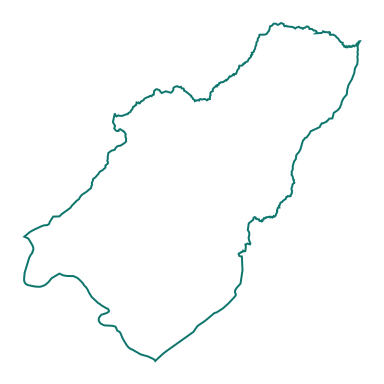 Guamal, Magdalena, Colombia (orthographic projection)
{"feature_id": "7082276B25614510642734", "entity_name": "Guamal", "entity_type": "district", "adm_level": 2, "iso_a3": "COL", "parent_name": "Colombia", "parent_adm1": "Magdalena", "projection": "orthographic", "projection_center": [-74.102, 9.246], "detail": "fine", "context": "isolated", "style": "outline", "palette": "teal", "viewbox_px": 384, "rotation_deg": 0, "n_neighbors": 0, "source": "geoboundaries", "source_scale": "gbopen_adm2", "svg_char_len": 5858}
<svg xmlns="http://www.w3.org/2000/svg" viewBox="0 0 384 384"><path d="M155.2,361.0L162.6,354.1L165.9,351.5L193.4,331.9L197.4,326.1L205.1,320.8L214.5,313.0L216.7,312.4L222.9,308.4L228.5,303.4L235.1,296.3L235.8,295.1L235.8,294.2L235.1,292.8L235.0,290.6L236.5,288.1L240.5,283.6L242.5,270.4L241.9,256.5L240.3,256.3L239.2,255.8L238.6,253.9L238.9,253.4L240.7,252.8L241.3,251.9L242.6,251.8L243.1,250.7L243.8,251.3L245.3,251.1L245.9,246.4L245.4,244.5L247.4,243.6L250.0,244.4L250.4,243.7L249.1,240.3L248.6,237.7L249.3,234.8L249.2,232.4L247.8,230.0L248.8,223.3L253.1,219.9L253.6,217.8L254.7,217.1L255.5,217.4L255.9,218.7L256.7,218.7L257.1,219.2L258.9,219.3L259.5,220.9L261.1,221.0L261.6,221.4L262.0,221.3L261.7,220.9L262.2,220.5L262.0,220.1L262.4,219.7L263.6,219.5L264.0,218.1L265.7,218.1L266.0,217.3L268.2,217.1L268.9,216.7L270.3,217.3L270.6,216.7L272.3,217.5L272.6,216.9L273.4,216.9L273.7,216.1L274.6,216.6L275.6,215.6L275.9,214.4L277.0,212.4L276.9,211.5L277.3,211.1L277.0,210.3L278.0,207.6L279.4,207.5L279.0,205.6L279.8,204.9L280.5,202.7L282.5,201.7L283.0,200.7L285.7,199.0L286.2,197.2L287.3,196.8L287.6,196.1L289.8,196.4L290.6,196.1L290.5,195.2L290.9,195.0L291.9,193.2L291.7,192.6L292.1,190.6L291.6,189.9L291.5,188.2L292.4,186.0L292.3,185.1L292.7,184.1L294.3,183.0L294.4,182.7L293.8,181.5L293.9,179.9L293.3,179.6L292.6,176.3L291.5,174.7L291.9,173.5L291.6,172.0L292.8,169.1L292.7,166.2L294.1,161.5L295.8,159.1L296.3,155.1L299.1,151.8L300.4,149.4L303.0,140.4L303.8,139.8L304.9,138.1L306.6,137.4L309.2,134.1L310.6,131.3L318.9,127.5L320.0,126.7L320.6,124.8L321.6,123.9L321.8,123.3L323.2,123.2L326.7,121.6L326.8,121.0L327.6,120.6L329.3,118.6L332.4,118.4L333.8,112.8L337.6,110.3L340.1,107.5L340.3,106.2L341.3,104.4L341.6,102.3L343.5,98.3L346.8,94.4L347.2,90.0L348.5,85.1L351.9,79.2L354.2,73.2L355.0,68.3L357.2,64.4L357.7,60.2L357.4,56.5L357.8,54.7L357.5,51.7L357.9,49.9L357.6,46.4L358.1,44.4L359.9,41.3L359.0,41.4L357.7,43.4L356.9,43.5L356.3,45.5L355.3,45.4L354.3,46.3L353.2,45.5L352.6,45.7L351.8,46.8L350.9,46.4L350.4,46.9L349.8,46.4L349.4,46.7L348.9,46.1L347.5,47.3L347.0,46.8L346.0,47.3L345.1,46.9L345.4,46.4L344.2,46.6L344.0,46.3L344.3,45.8L342.5,44.3L342.7,42.8L340.8,42.1L339.5,40.7L338.0,38.3L336.8,37.5L335.5,35.9L333.2,34.6L330.5,34.9L329.8,34.5L329.6,34.0L330.1,33.4L330.0,32.6L329.3,32.0L328.0,32.4L325.8,32.0L324.9,32.3L323.9,31.5L323.1,31.3L322.6,32.3L321.4,33.0L315.9,33.3L317.0,32.5L316.2,31.1L314.6,30.4L313.6,30.5L312.0,29.0L309.5,29.0L309.1,27.6L307.6,26.5L306.5,26.5L305.1,27.7L303.3,28.1L302.8,28.8L301.6,27.9L300.3,27.8L298.9,26.8L296.3,27.6L295.2,28.5L292.8,27.0L287.1,26.4L286.3,25.8L284.8,26.3L284.0,25.5L283.7,24.1L281.1,23.0L278.2,24.8L277.5,24.8L276.1,23.8L273.7,23.6L271.8,25.8L270.1,26.3L269.2,30.4L266.7,33.8L265.7,34.4L263.6,34.7L260.2,34.6L259.4,34.9L259.2,36.7L257.8,38.6L257.6,41.0L256.5,42.3L256.2,45.0L255.3,46.9L255.1,48.7L254.3,50.0L253.9,51.5L253.4,52.1L251.8,52.8L252.3,54.3L251.8,54.6L251.7,55.2L250.9,55.4L251.1,56.5L250.3,57.6L248.9,58.7L247.7,61.3L245.6,62.2L245.1,63.0L244.4,62.9L244.0,63.9L243.0,64.1L242.6,65.3L241.3,65.7L239.4,65.7L239.0,66.5L239.2,67.9L237.6,69.9L236.0,73.9L233.7,74.1L233.8,75.1L232.7,74.9L231.8,75.9L230.6,76.5L230.1,76.7L229.6,76.4L227.8,79.2L226.7,80.1L226.3,79.9L226.1,80.5L225.6,80.3L223.2,82.0L220.9,82.3L220.4,82.9L219.4,82.9L218.5,84.9L217.4,84.9L216.4,85.5L216.9,86.4L215.4,86.6L213.7,88.0L212.8,89.3L212.8,91.1L211.0,92.0L210.5,92.7L210.3,93.7L210.6,94.9L209.9,96.5L209.9,99.1L208.0,99.2L207.5,100.1L206.9,100.3L205.4,99.2L203.8,99.1L202.2,99.5L200.3,99.1L199.4,99.5L199.2,100.5L197.2,100.2L194.9,101.1L194.8,100.1L193.1,99.1L192.6,97.8L191.2,96.6L191.3,95.9L186.7,92.2L185.0,91.0L184.3,90.9L183.6,88.6L181.6,88.3L181.0,86.9L179.9,87.2L178.0,86.7L177.5,86.2L175.1,86.7L173.6,87.8L173.3,88.4L173.4,89.8L172.9,90.6L171.7,92.3L170.6,92.7L165.9,91.3L161.7,93.0L160.3,91.6L159.5,90.2L156.9,89.2L156.1,89.3L154.2,90.9L153.7,94.7L152.5,94.9L151.6,96.2L150.6,95.9L149.5,96.1L149.0,96.8L147.1,97.3L144.4,98.7L143.6,100.1L141.1,101.4L139.8,103.3L138.9,103.3L138.5,102.5L137.6,102.9L136.6,102.5L136.2,104.9L135.4,105.1L134.4,106.4L133.2,106.7L132.3,109.2L131.2,110.3L130.5,111.8L129.9,112.3L128.4,113.0L127.8,114.1L126.3,114.3L122.1,115.9L120.1,115.9L118.3,115.4L116.7,116.4L116.0,116.1L115.2,114.2L114.6,114.2L112.9,122.1L115.1,126.0L114.2,128.4L115.5,130.1L116.5,130.9L118.5,131.0L119.2,129.5L120.3,129.2L122.0,130.5L123.3,130.9L123.8,131.7L124.4,132.0L125.8,134.2L125.4,135.1L125.5,137.1L126.1,138.3L126.1,141.4L124.7,142.9L120.4,145.7L118.6,145.8L116.8,146.6L115.4,148.3L114.8,149.7L111.5,150.7L108.4,152.9L107.7,156.7L107.8,158.9L107.3,160.6L108.0,162.3L107.8,163.5L105.4,165.6L105.5,167.2L105.3,167.7L102.6,170.1L99.7,171.8L98.5,173.8L95.2,177.5L93.1,179.0L92.7,181.1L91.8,182.9L92.1,184.8L91.2,186.5L91.0,188.2L88.2,190.2L87.5,191.1L82.0,194.7L80.4,196.5L78.9,199.2L76.3,201.0L75.8,201.9L74.8,202.5L74.2,203.4L72.0,205.5L70.3,207.9L61.6,214.2L59.4,216.4L53.2,216.6L49.9,221.6L49.1,223.9L47.3,225.1L44.2,225.3L41.8,226.1L33.8,229.8L29.9,232.0L24.3,236.7L27.7,238.2L28.8,239.2L32.4,245.3L33.3,247.7L33.3,250.0L32.3,252.1L32.5,252.6L30.7,254.9L29.2,257.8L24.6,272.9L24.1,278.8L24.2,280.9L24.6,282.2L25.8,284.0L28.0,285.1L34.6,286.5L39.0,286.8L41.0,286.6L44.2,285.4L46.0,284.3L48.5,282.1L51.6,278.2L59.4,273.6L63.3,275.4L67.4,276.0L73.4,276.1L76.6,277.5L78.6,278.9L80.9,281.2L82.6,282.9L84.3,285.6L86.1,287.3L87.6,289.6L89.1,292.8L91.6,296.9L98.4,303.3L99.6,303.8L101.4,305.3L106.2,308.2L107.7,308.7L108.4,309.4L108.9,310.7L108.9,311.3L108.4,311.9L106.8,313.0L101.5,314.7L100.4,315.8L98.9,318.1L98.7,320.1L99.1,321.4L100.4,323.3L102.7,324.7L104.6,325.4L112.2,325.8L115.1,326.5L115.8,327.2L117.3,330.7L119.4,331.8L120.2,332.6L123.0,339.1L126.7,345.2L128.7,347.6L131.3,349.3L132.0,349.4L140.7,354.4L148.1,356.5L153.4,359.0L154.4,359.7L155.2,361.0Z" fill="none" stroke="#0f766e" stroke-width="2"/></svg>